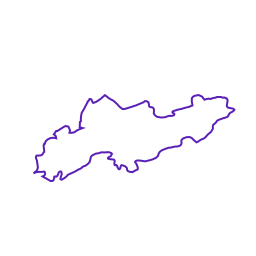 Shibin al-Qanatir, Al Qalyubiyah, Egypt, rotated 246°
{"feature_id": "37247803B12662956160688", "entity_name": "Shibin al-Qanatir", "entity_type": "district", "adm_level": 2, "iso_a3": "EGY", "parent_name": "Egypt", "parent_adm1": "Al Qalyubiyah", "projection": "equal_earth", "projection_center": [31.303, 30.296], "detail": "fine", "context": "isolated", "style": "outline", "palette": "violet", "viewbox_px": 256, "rotation_deg": 246, "n_neighbors": 0, "source": "geoboundaries", "source_scale": "gbopen_adm2", "svg_char_len": 5829}
<svg xmlns="http://www.w3.org/2000/svg" viewBox="0 0 256 256"><g transform="rotate(246 128 128)"><path d="M167.4,120.3L166.7,117.9L166.1,116.0L165.7,114.7L165.3,112.6L164.8,109.3L164.9,108.5L165.0,106.4L165.5,106.3L166.2,106.2L166.6,106.1L167.1,106.1L168.1,106.2L168.8,106.2L169.3,105.9L169.7,105.6L170.0,104.8L170.1,104.6L169.1,103.6L168.6,102.2L168.6,101.9L168.0,101.6L164.8,97.4L164.2,96.8L161.9,93.6L160.5,91.7L157.7,89.8L157.3,89.6L155.0,88.4L153.3,87.7L153.1,86.6L148.4,84.2L146.8,86.0L146.4,86.5L146.6,83.3L146.6,83.1L146.5,80.0L145.9,77.1L146.6,74.3L147.5,72.6L149.5,74.1L153.5,74.1L154.3,73.0L155.2,71.9L155.1,69.8L154.0,62.2L154.5,61.3L154.2,60.7L153.0,58.8L152.3,57.6L151.3,58.2L150.9,58.5L149.9,58.7L147.8,58.2L148.5,57.3L149.1,56.5L149.5,55.6L150.2,53.5L150.3,52.2L150.3,51.1L150.2,50.2L150.2,49.8L149.5,47.6L147.3,45.3L147.6,45.0L146.5,43.9L144.7,43.2L142.3,42.5L140.5,41.8L140.3,41.8L140.0,41.2L139.9,40.8L138.5,38.6L138.5,37.1L138.8,36.2L139.4,34.6L139.5,34.4L140.0,33.2L139.2,32.2L138.2,31.8L137.9,31.7L136.5,31.6L135.0,31.5L133.1,30.9L131.5,30.5L129.6,29.9L128.5,29.6L127.6,28.8L126.7,28.0L126.3,27.5L126.0,27.0L125.2,23.4L125.0,24.4L125.0,25.4L124.9,26.5L124.7,27.1L124.4,28.0L124.3,28.3L124.1,28.9L123.9,29.3L123.6,29.9L123.0,31.3L122.6,32.7L122.5,33.3L122.3,33.4L121.9,34.0L121.7,34.0L121.2,33.9L120.1,33.8L119.0,32.9L118.6,32.1L118.5,31.2L118.5,30.2L116.9,31.3L116.4,31.7L115.4,32.6L113.3,34.1L112.3,34.8L111.1,35.6L110.6,36.9L110.3,37.7L110.7,38.7L111.4,39.4L112.1,40.1L112.5,40.2L113.5,40.8L113.6,41.1L113.5,41.4L113.2,42.0L112.9,42.3L112.7,43.2L113.0,43.9L113.3,44.4L113.8,44.8L114.4,45.7L114.8,45.9L115.1,46.1L115.6,46.7L115.7,47.0L115.8,47.6L115.9,48.4L115.5,49.0L114.9,49.3L114.2,49.1L112.6,48.6L111.6,47.6L110.4,46.6L109.5,45.9L109.0,45.6L108.6,45.5L108.2,45.9L107.8,46.4L107.8,46.9L108.2,50.2L108.8,52.0L109.7,54.4L109.7,55.8L109.7,57.6L109.7,59.2L109.8,62.2L110.0,63.6L110.2,65.5L110.2,67.8L110.3,69.1L110.7,69.9L111.0,71.2L111.0,72.3L110.8,73.9L111.4,76.3L111.7,77.3L112.6,79.2L112.8,79.2L113.5,79.8L114.4,80.7L116.2,81.9L116.7,82.3L117.1,83.1L117.2,83.5L117.4,84.2L117.5,84.7L117.5,85.4L117.6,85.8L117.6,86.5L117.7,87.0L117.7,87.6L117.6,88.5L117.4,89.2L117.1,90.1L116.9,91.0L116.8,91.8L116.8,92.5L116.8,92.9L116.4,94.1L116.2,94.9L115.5,95.9L115.1,96.9L115.0,97.3L114.9,98.0L114.4,98.5L114.2,99.3L114.1,99.9L113.4,101.0L113.1,101.3L111.9,102.6L110.8,102.8L110.6,102.3L109.8,101.3L109.2,100.6L109.3,99.0L109.0,97.8L108.6,97.5L108.3,97.3L107.9,97.6L107.5,97.9L107.2,98.4L106.9,98.8L106.5,99.5L106.1,100.2L105.7,100.9L105.5,101.3L105.3,101.6L105.0,102.0L104.7,102.3L104.0,102.5L103.5,102.5L103.0,102.3L102.5,102.1L102.1,101.7L101.5,101.2L100.6,100.9L99.5,100.8L99.1,101.3L99.1,101.7L99.0,102.3L97.5,102.7L96.2,102.4L94.1,102.8L93.9,103.0L93.9,103.9L94.6,104.7L94.8,104.8L95.1,105.0L95.5,105.4L95.7,105.6L96.0,105.9L96.5,106.3L96.6,106.7L96.7,107.0L96.3,107.6L95.9,108.1L94.0,110.0L93.5,110.0L92.4,110.6L91.4,110.6L90.8,110.3L90.3,110.2L89.7,110.1L88.9,110.3L88.2,110.9L87.6,111.4L87.3,111.8L86.9,112.3L86.6,112.8L86.4,113.4L85.9,114.0L86.3,118.6L86.1,119.7L86.5,120.2L87.2,120.6L87.6,120.7L88.3,120.9L89.3,121.0L90.1,121.0L91.0,121.1L92.4,121.0L93.8,120.6L94.4,120.9L94.6,121.6L94.7,122.0L94.6,123.0L94.4,123.5L94.2,124.3L93.6,125.1L93.4,125.6L93.0,126.3L92.8,126.8L92.1,127.6L91.6,128.5L90.9,129.5L90.4,130.7L90.2,132.2L90.0,133.1L89.8,134.5L89.6,135.4L89.5,136.4L89.3,138.0L89.4,139.5L89.3,141.0L89.4,141.5L89.9,143.0L90.2,143.6L90.4,144.2L91.2,144.8L91.8,145.3L92.2,145.7L92.6,146.3L93.2,147.1L93.4,148.0L93.8,149.4L93.9,150.5L93.8,151.7L93.8,153.2L93.6,155.3L93.5,157.1L92.8,158.7L92.4,160.8L92.0,163.2L91.0,165.7L90.7,168.4L91.3,169.7L92.0,170.5L93.1,171.1L94.1,171.2L94.7,171.6L95.3,172.1L96.0,174.1L96.0,175.4L95.8,177.5L95.4,179.0L94.6,180.7L93.1,182.1L89.7,183.4L87.0,184.8L87.1,186.7L87.5,188.7L87.7,190.9L87.5,192.5L88.3,195.9L88.9,196.6L89.3,197.7L89.5,198.2L89.9,199.2L90.4,201.3L90.9,202.7L91.6,203.4L92.6,205.0L93.1,205.4L94.1,205.7L94.9,206.1L95.4,206.4L96.2,207.1L96.6,208.5L96.8,209.3L97.4,210.9L97.9,211.4L98.2,212.0L98.6,213.3L98.5,214.1L98.5,215.3L98.3,217.3L98.3,218.6L97.9,220.4L97.9,220.9L97.8,223.5L98.4,224.5L99.2,225.6L99.7,226.1L100.1,227.0L100.4,228.3L100.3,229.2L100.9,232.0L101.4,232.6L102.6,232.1L103.2,231.6L103.9,230.4L104.7,229.5L105.4,228.4L106.1,227.5L107.3,227.2L107.8,227.3L108.4,227.4L109.4,228.1L110.1,228.6L111.4,229.4L112.2,230.0L112.8,230.2L114.0,230.4L115.3,229.9L115.5,229.4L116.5,228.7L116.9,227.8L117.2,226.8L118.4,225.7L119.1,224.3L119.4,223.5L120.1,222.1L120.2,221.0L120.0,220.6L120.6,218.7L120.9,216.8L120.8,215.3L121.2,214.8L122.0,213.7L122.3,212.3L122.5,211.8L122.6,210.6L122.8,209.3L123.1,209.2L123.9,209.1L124.5,208.8L126.2,208.6L127.3,207.8L128.2,207.0L129.3,206.0L129.7,204.6L130.0,203.2L130.3,202.0L130.2,200.8L130.1,200.0L129.5,198.9L129.3,198.5L128.8,198.2L128.0,197.9L127.1,197.4L125.8,196.9L124.5,196.6L123.6,196.4L122.7,196.3L122.3,195.8L122.5,193.9L122.4,192.5L122.6,191.8L122.7,191.2L122.9,190.6L123.6,185.4L124.5,180.8L124.9,177.1L125.0,175.9L124.5,175.0L124.0,174.9L123.5,175.1L123.0,175.6L122.7,175.9L122.4,176.1L121.6,175.9L121.0,175.3L121.1,174.5L121.1,173.8L121.3,172.8L121.6,172.1L122.1,171.4L122.5,169.7L122.6,168.8L122.7,168.0L122.7,167.0L122.9,166.0L123.3,164.6L123.8,163.2L124.5,161.9L125.6,160.4L126.2,159.4L126.7,158.9L127.5,158.4L128.7,157.8L129.5,157.7L130.6,157.4L131.4,157.8L132.3,158.3L133.3,158.8L134.1,159.1L134.9,159.3L136.1,159.1L136.8,158.7L138.3,156.6L139.0,156.2L140.0,156.3L140.7,156.6L141.7,156.9L143.1,157.1L144.1,156.6L145.1,155.6L145.7,154.2L145.2,152.7L145.2,152.0L145.4,144.3L145.9,139.9L146.1,137.8L146.7,132.8L147.3,131.2L147.6,130.7L148.1,130.3L149.2,129.8L150.9,128.9L154.3,127.8L156.9,126.7L159.3,125.5L160.8,124.2L162.6,122.9L167.4,120.3Z" fill="none" stroke="#5b21b6" stroke-width="2"/></g></svg>